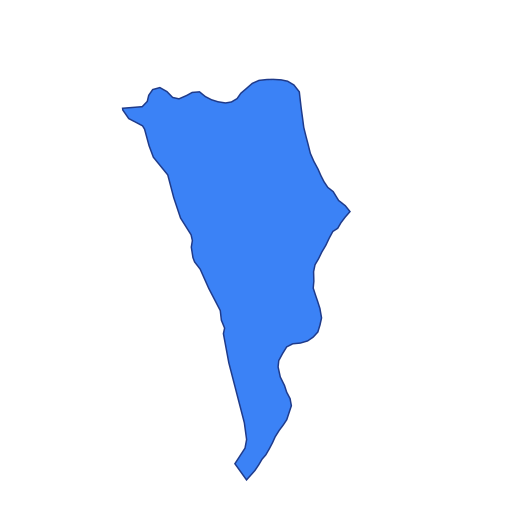 outline of III-1 Essequibo Islands, Essequibo Islands-West Demerara, Guyana, rotated 153°
{"feature_id": "73187651B403858167670", "entity_name": "III-1 Essequibo Islands", "entity_type": "district", "adm_level": 2, "iso_a3": "GUY", "parent_name": "Guyana", "parent_adm1": "Essequibo Islands-West Demerara", "projection": "robinson", "projection_center": [-58.686, 6.757], "detail": "fine", "context": "isolated", "style": "filled", "palette": "blue", "viewbox_px": 512, "rotation_deg": 153, "n_neighbors": 0, "source": "geoboundaries", "source_scale": "gbopen_adm2", "svg_char_len": 1501}
<svg xmlns="http://www.w3.org/2000/svg" viewBox="0 0 512 512"><g transform="rotate(153 256 256)"><path d="M153.6,260.2L157.2,268.0L158.0,278.3L160.9,284.5L161.7,291.3L161.7,298.2L161.3,305.1L161.5,314.2L161.0,322.8L158.8,332.3L157.2,339.7L155.1,348.8L151.8,358.1L148.7,367.0L146.0,374.3L142.9,382.6L144.6,391.2L148.5,397.4L153.6,401.5L160.6,405.6L166.2,408.3L173.6,411.1L180.9,411.5L189.3,409.4L195.6,407.9L201.4,404.8L208.0,404.4L213.7,406.2L219.9,410.7L224.8,415.5L228.8,421.1L231.8,427.9L238.6,430.7L244.9,430.5L253.3,431.0L258.3,435.1L260.7,442.9L265.2,449.7L272.5,451.2L278.6,447.9L282.7,443.1L289.6,440.7L307.8,448.2L308.4,446.5L307.0,436.2L298.0,423.5L297.7,419.6L301.2,402.9L302.6,390.6L297.8,368.3L302.8,345.4L306.0,324.1L304.2,304.4L305.7,298.6L309.6,293.3L312.9,283.2L313.4,278.6L311.7,269.6L312.8,248.6L312.6,223.6L316.0,214.5L316.7,206.0L320.3,201.6L328.7,173.2L342.1,112.7L347.7,96.7L353.0,89.8L369.1,80.5L366.1,60.8L354.3,65.4L348.4,68.7L342.9,72.2L337.5,74.4L331.5,78.3L326.0,82.2L321.0,86.2L314.5,90.1L308.2,93.2L302.9,96.2L292.5,106.5L290.4,113.4L290.5,120.7L289.4,127.7L289.3,137.2L286.7,147.1L283.2,152.5L276.5,157.1L269.9,161.1L263.1,161.1L256.0,158.3L248.6,156.9L241.8,157.8L235.4,160.2L230.3,165.5L225.7,171.1L222.9,180.2L221.7,187.5L220.7,194.5L219.6,201.4L215.9,207.3L211.8,215.9L207.4,221.4L201.6,225.1L195.5,229.7L189.0,233.8L182.5,238.8L176.4,243.0L170.6,243.6L165.2,247.1L158.8,250.2L152.1,252.9L153.6,260.2Z" fill="#3b82f6" stroke="#1e3a8a" stroke-width="1.5"/></g></svg>